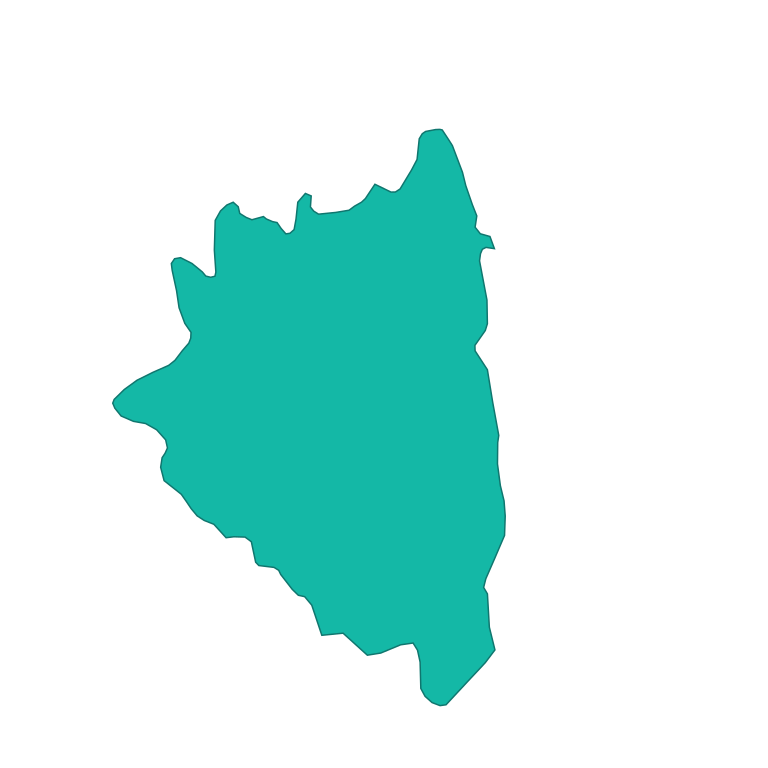 the border of Bosnia and Herzegovina, rotated 215°
{"feature_id": "BIH", "entity_name": "Bosnia and Herzegovina", "entity_type": "country or territory", "adm_level": 0, "iso_a3": "BIH", "parent_name": "Europe", "parent_adm1": "", "projection": "orthographic", "projection_center": [18.137, 43.918], "detail": "fine", "context": "isolated", "style": "filled", "palette": "teal", "viewbox_px": 768, "rotation_deg": 215, "n_neighbors": 0, "source": "natural_earth", "source_scale": "50m", "svg_char_len": 1923}
<svg xmlns="http://www.w3.org/2000/svg" viewBox="0 0 768 768"><g transform="rotate(215 384 384)"><path d="M595.2,212.7L596.2,216.6L593.6,230.5L588.5,245.4L580.0,261.0L571.1,275.7L568.8,283.5L568.3,295.8L567.3,305.5L568.6,310.7L571.7,315.6L581.9,319.4L595.6,328.9L607.4,341.4L622.6,355.5L627.3,360.7L627.4,366.5L623.1,370.8L610.4,372.6L597.1,371.6L591.9,370.2L587.2,372.0L584.3,375.3L585.9,379.2L599.8,396.4L616.1,421.2L617.2,432.0L615.4,440.5L611.8,446.4L605.1,445.6L600.0,441.0L592.4,441.4L586.4,442.8L578.8,452.0L575.0,451.7L568.4,453.1L564.2,454.9L557.5,452.4L550.5,450.7L547.5,453.5L546.2,458.9L550.6,468.5L558.9,483.5L557.7,495.0L551.5,496.3L545.8,486.8L540.7,485.3L535.0,485.6L521.9,496.9L512.3,506.3L510.1,512.9L506.7,520.0L505.6,525.2L506.0,542.4L488.4,545.2L484.8,547.8L482.7,553.0L484.2,575.1L485.7,586.9L495.8,605.1L496.2,610.9L494.8,614.7L487.7,622.0L484.3,624.6L482.0,625.5L470.2,620.8L464.7,618.5L441.1,602.4L430.8,593.4L414.5,581.6L404.4,574.9L399.3,564.7L391.3,562.3L381.8,565.6L371.2,558.2L378.8,554.4L380.7,550.8L379.7,546.1L376.4,539.7L347.8,511.8L333.9,492.7L331.7,485.9L331.7,467.8L328.4,463.4L307.5,455.0L284.3,431.2L260.5,407.7L257.3,401.3L245.2,383.6L230.4,367.5L218.6,357.1L209.0,345.4L198.4,329.1L193.3,304.7L188.9,282.9L185.7,274.5L178.9,271.4L158.2,245.2L140.6,229.8L141.2,213.8L145.0,187.1L149.2,156.8L153.6,152.7L161.9,150.6L171.2,151.7L179.2,155.7L194.9,176.9L203.9,185.2L211.6,188.5L220.8,179.9L232.3,161.8L242.1,152.3L274.6,156.4L290.8,142.5L316.3,161.4L327.0,164.3L333.0,161.8L341.2,163.1L359.3,168.7L363.4,171.0L368.9,170.7L382.4,163.5L386.9,164.4L402.2,178.7L410.0,178.9L419.3,172.8L425.2,167.5L442.9,171.5L453.0,169.1L461.4,168.8L470.5,171.3L478.8,174.5L486.8,177.4L508.7,178.7L519.2,187.7L523.5,196.4L523.6,201.7L524.7,207.4L530.8,213.0L544.0,216.1L552.2,215.3L556.6,214.9L567.8,209.7L581.0,207.0L590.6,209.8L595.2,212.7Z" fill="#14b8a6" stroke="#0f766e" stroke-width="1.5"/></g></svg>